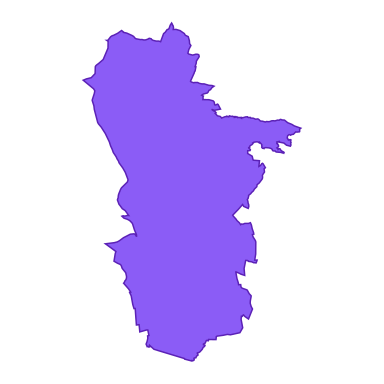 outline of Batos, Mures, Romania
{"feature_id": "2599482B32614611186609", "entity_name": "Batos", "entity_type": "district", "adm_level": 2, "iso_a3": "ROU", "parent_name": "Romania", "parent_adm1": "Mures", "projection": "equal_earth", "projection_center": [24.65, 46.876], "detail": "fine", "context": "isolated", "style": "filled", "palette": "violet", "viewbox_px": 384, "rotation_deg": 0, "n_neighbors": 0, "source": "geoboundaries", "source_scale": "gbopen_adm2", "svg_char_len": 6000}
<svg xmlns="http://www.w3.org/2000/svg" viewBox="0 0 384 384"><path d="M248.2,208.4L248.8,206.6L248.7,204.7L248.1,203.1L247.9,201.4L247.3,199.5L248.2,198.2L248.2,197.6L248.6,196.6L248.6,195.4L250.8,193.6L251.6,192.5L253.4,190.9L254.4,189.1L256.8,186.7L257.1,184.7L259.3,182.9L262.2,179.0L262.5,178.1L262.6,177.0L262.4,175.7L262.7,174.7L264.5,172.0L264.1,168.8L265.4,167.7L263.1,163.8L262.5,163.3L261.7,163.7L260.5,165.5L258.9,166.4L259.5,160.7L253.4,160.2L253.1,160.0L252.2,156.2L247.7,153.5L247.7,150.7L250.0,150.6L250.4,149.8L250.2,149.3L248.8,148.1L248.7,147.7L249.8,147.1L249.6,146.7L250.2,145.6L252.0,144.6L252.7,143.8L252.6,143.0L253.5,142.9L253.9,142.2L256.9,141.8L258.0,142.0L259.3,142.9L259.4,142.6L259.2,142.1L259.5,142.0L261.8,144.6L261.7,145.5L262.0,146.2L261.7,147.0L261.9,147.6L262.6,148.3L263.9,148.5L263.8,148.1L265.7,147.6L269.1,147.9L271.0,148.5L272.2,149.4L272.5,150.4L273.1,150.9L275.2,151.0L275.7,151.7L276.3,152.0L280.8,152.4L282.7,153.0L283.3,152.8L283.8,153.2L284.1,152.6L283.8,152.1L281.6,150.9L280.7,150.0L280.0,148.8L279.1,148.7L278.1,149.5L277.8,148.5L276.9,147.9L278.3,146.8L278.6,146.2L278.4,145.0L277.4,144.3L277.5,143.6L276.8,143.3L277.0,142.6L276.8,142.0L279.3,141.4L279.4,141.6L279.0,142.1L283.8,143.0L286.5,145.2L290.4,146.2L291.0,144.9L290.7,144.4L290.7,143.3L290.9,143.0L290.7,142.5L291.0,142.2L290.7,141.8L290.6,141.0L291.0,140.0L290.2,139.6L289.3,140.0L288.7,139.5L288.3,139.9L287.2,138.0L287.6,135.8L288.9,134.7L289.9,134.7L290.5,135.2L291.9,134.5L293.4,134.3L295.7,131.9L296.9,132.1L299.5,131.8L299.7,131.4L299.6,129.2L300.8,128.2L294.3,125.9L291.9,124.4L287.7,122.7L284.5,120.1L281.9,119.9L281.1,119.5L280.3,119.4L279.2,120.2L277.5,120.1L275.0,120.9L273.1,120.7L271.3,120.9L270.0,121.5L268.3,121.7L266.6,121.5L265.3,122.0L262.5,121.2L260.9,121.1L260.1,120.8L259.1,119.7L257.9,118.9L255.6,119.2L253.3,118.2L250.8,118.1L250.5,117.5L248.3,117.5L247.6,117.2L247.5,116.8L245.7,116.9L242.9,117.7L242.0,117.6L241.7,117.7L241.6,118.3L240.9,117.9L240.9,117.4L239.8,117.6L238.7,117.4L237.9,117.6L237.5,117.6L237.0,116.8L235.9,117.2L235.7,116.7L234.5,117.3L234.5,116.6L233.3,116.7L232.7,116.2L232.2,116.4L231.0,116.3L229.3,115.8L229.0,116.7L228.6,116.8L228.1,116.8L226.9,116.1L226.6,116.2L226.4,116.6L225.3,116.6L221.6,118.0L221.3,117.5L220.1,116.4L217.4,115.8L215.2,113.4L216.1,112.8L215.2,111.7L212.9,110.4L211.6,109.3L214.4,110.3L220.5,109.1L218.1,104.5L217.4,104.1L215.9,104.9L215.1,105.0L214.6,104.6L214.4,102.9L214.0,101.7L213.2,100.9L212.3,100.6L208.9,99.7L202.9,99.6L203.1,99.0L203.0,96.8L203.4,96.1L201.7,95.2L203.4,94.0L207.3,93.0L208.2,92.0L208.9,90.4L210.5,89.7L211.9,87.7L214.0,86.2L212.0,85.5L208.9,85.3L204.2,83.9L201.9,83.9L199.2,83.3L197.7,82.5L194.5,82.5L193.9,82.8L191.3,82.0L190.5,81.2L194.2,73.0L194.5,71.8L195.1,71.0L195.9,66.8L195.1,66.7L196.2,63.3L196.4,61.1L198.9,57.2L199.2,56.3L198.7,54.7L197.7,54.3L195.9,54.2L192.7,55.1L188.9,54.1L187.9,53.3L188.8,49.6L190.9,45.5L189.6,43.6L189.4,40.7L188.2,36.6L185.6,35.4L184.9,34.7L184.4,33.6L180.1,30.6L176.1,29.4L173.2,29.5L173.5,27.6L173.3,26.5L173.1,25.7L172.4,25.1L172.5,24.5L171.6,23.0L170.2,25.2L169.0,28.6L168.3,29.2L167.1,29.6L165.2,32.3L163.6,33.6L160.6,41.7L158.9,41.1L156.2,41.1L153.0,40.3L151.8,39.6L151.1,38.7L149.2,38.3L147.7,39.2L145.6,39.9L143.9,40.0L142.0,39.5L140.5,39.6L136.1,38.8L135.2,38.3L133.6,36.4L131.9,35.4L126.8,33.1L123.5,32.4L123.6,32.1L121.6,30.5L117.6,33.3L113.4,35.4L112.2,35.7L110.6,36.8L108.2,39.9L107.5,40.4L106.8,40.4L108.1,41.3L108.0,48.1L103.2,59.5L98.6,63.5L96.7,64.9L95.7,65.9L95.3,66.7L95.1,73.6L91.2,77.7L86.4,78.9L83.2,80.2L93.6,88.8L94.8,90.8L94.3,93.5L92.3,99.7L92.2,100.5L93.9,105.8L94.3,109.4L97.7,122.5L98.5,123.9L101.2,127.1L105.3,133.5L109.3,141.8L110.6,145.9L112.2,149.4L113.3,152.5L116.1,156.7L117.2,159.1L118.4,160.9L119.1,162.9L122.8,168.0L125.3,172.4L127.9,179.3L128.0,180.1L127.3,182.1L121.5,187.8L120.6,189.3L118.6,194.3L118.2,196.3L118.3,197.1L117.4,199.9L119.0,204.3L120.0,205.5L122.3,208.7L125.2,210.6L128.7,215.5L127.5,215.4L124.9,216.1L123.1,215.8L121.9,216.2L124.0,218.2L127.4,219.3L129.6,220.5L131.9,222.8L132.6,224.0L134.5,230.1L136.4,234.4L136.6,236.1L136.3,236.2L135.1,234.4L134.1,233.8L130.3,234.2L123.5,237.7L119.3,240.8L117.3,241.9L114.2,242.7L105.4,243.8L115.9,251.5L115.2,253.8L114.0,261.2L117.4,263.2L120.2,264.4L120.8,265.0L121.2,265.5L122.2,268.4L125.7,272.7L126.5,276.2L126.5,277.9L126.0,279.6L124.9,280.9L124.2,282.6L123.6,283.2L128.5,288.8L130.7,292.1L129.6,292.4L131.2,295.8L132.8,304.6L134.0,308.6L135.2,308.5L136.4,325.0L139.1,324.7L139.8,331.9L146.5,330.0L147.8,330.0L148.9,335.5L147.6,335.9L147.8,338.3L147.1,341.4L146.1,344.1L147.2,346.7L147.9,346.5L148.9,347.1L149.7,346.8L149.4,345.8L149.5,345.2L154.0,349.3L184.0,358.4L184.5,358.6L184.6,359.1L191.8,361.0L191.9,360.5L193.1,360.7L194.2,359.9L194.0,358.3L194.2,358.0L195.9,357.8L196.5,356.2L198.0,355.1L197.9,354.4L197.4,353.7L197.3,353.0L197.9,352.7L198.6,352.7L200.0,351.8L202.3,349.2L203.2,347.3L204.5,346.5L205.0,345.3L203.5,344.8L203.4,344.1L205.2,343.1L206.3,340.6L207.1,340.3L208.1,340.9L208.4,340.6L208.6,339.5L216.0,339.6L216.3,336.6L217.2,336.1L223.1,335.3L227.4,334.4L230.4,334.8L239.9,332.7L242.7,327.8L241.1,319.4L241.4,316.2L242.3,316.4L243.0,315.2L243.5,314.9L244.9,316.5L248.5,319.0L252.5,309.0L251.2,306.5L250.2,303.3L250.3,301.0L251.1,296.7L251.1,295.7L249.2,293.7L247.3,290.2L246.8,289.8L242.5,288.3L241.4,287.6L241.0,286.8L240.7,284.6L238.6,284.7L238.3,282.8L237.0,278.7L235.9,272.5L236.0,271.9L239.1,273.2L241.0,274.2L244.7,275.4L244.1,268.5L245.7,260.4L247.2,260.4L247.6,260.8L248.4,260.9L248.6,261.4L251.6,261.8L253.9,262.8L255.2,262.7L256.0,263.0L256.6,261.8L257.1,260.1L254.7,260.1L255.7,254.1L255.8,242.0L255.4,240.6L253.2,237.1L252.6,235.5L252.4,234.5L253.8,234.2L253.6,232.8L252.2,228.7L251.4,225.0L250.4,222.7L248.6,223.4L244.8,223.4L243.0,224.2L241.5,224.0L240.7,224.7L239.4,222.8L236.9,220.5L236.1,219.2L233.3,216.1L232.7,215.2L238.4,209.3L242.6,204.5L243.7,206.4L248.2,208.4Z" fill="#8b5cf6" stroke="#5b21b6" stroke-width="1.5"/></svg>